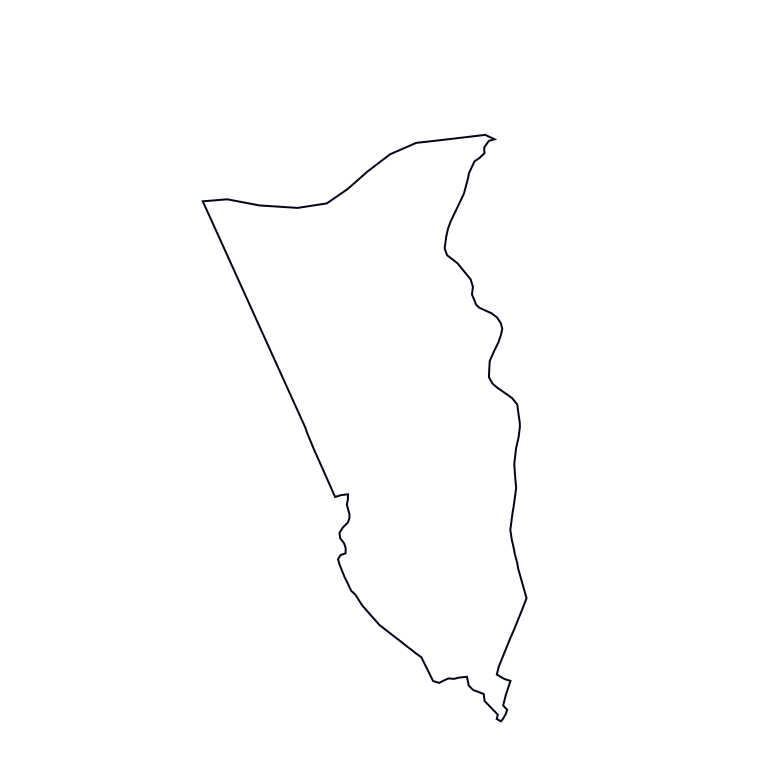 Semienawi Mibrak, Maekel, Eritrea, rotated 292°
{"feature_id": "51966322B97443185109629", "entity_name": "Semienawi Mibrak", "entity_type": "district", "adm_level": 2, "iso_a3": "ERI", "parent_name": "Eritrea", "parent_adm1": "Maekel", "projection": "robinson", "projection_center": [38.952, 15.353], "detail": "fine", "context": "isolated", "style": "outline", "palette": "ink", "viewbox_px": 768, "rotation_deg": 292, "n_neighbors": 0, "source": "geoboundaries", "source_scale": "gbopen_adm2", "svg_char_len": 1774}
<svg xmlns="http://www.w3.org/2000/svg" viewBox="0 0 768 768"><g transform="rotate(292 384 384)"><path d="M652.3,394.8L652.9,384.5L630.9,344.4L619.6,323.5L599.3,303.6L575.0,289.2L551.4,277.4L530.0,263.3L514.9,237.9L502.9,201.6L496.5,169.4L489.2,154.9L485.5,147.5L470.4,163.4L314.0,327.5L309.8,331.1L303.8,337.0L296.2,344.5L286.6,354.5L277.6,363.8L269.2,372.5L260.9,381.0L264.9,385.8L268.3,392.0L263.2,393.8L258.1,394.8L250.3,400.8L246.7,402.2L241.9,402.4L235.6,399.6L229.3,398.5L224.4,401.3L221.5,406.5L217.4,410.0L212.6,411.8L209.1,407.8L204.2,407.0L199.8,410.5L190.1,419.9L185.4,425.2L180.0,431.0L178.0,436.3L170.7,446.5L164.7,458.3L158.8,470.2L156.3,479.0L153.2,489.9L151.7,495.4L149.6,502.5L147.8,509.1L146.2,514.4L144.7,520.9L127.0,540.8L127.5,547.1L131.9,550.9L135.2,554.2L136.8,559.3L140.0,563.7L143.6,570.6L136.1,575.6L133.7,581.2L133.9,592.6L127.8,596.0L120.0,613.4L115.6,614.0L115.1,618.9L118.8,619.9L123.4,620.5L128.1,620.2L130.6,614.9L141.6,613.4L156.1,612.5L155.6,606.0L156.9,597.4L165.0,596.3L172.9,596.3L186.0,596.3L195.8,596.3L205.1,596.6L214.4,596.6L225.5,596.6L238.8,596.4L257.9,581.6L262.6,577.9L268.3,574.3L275.1,569.2L282.0,564.7L287.2,561.0L296.0,555.8L313.3,551.3L318.2,550.3L337.1,545.5L345.8,541.0L358.5,534.8L374.0,530.5L384.7,528.8L395.1,526.1L399.3,524.2L408.2,519.0L414.8,515.3L418.9,508.1L420.3,502.3L422.9,490.8L425.0,484.4L429.6,478.8L435.8,476.5L445.0,473.4L456.4,473.8L465.1,474.5L473.6,474.0L479.5,473.0L484.2,469.5L488.0,463.9L489.8,457.6L490.4,443.8L492.0,439.8L500.0,432.0L507.5,430.0L513.4,425.2L523.5,406.9L527.0,394.3L532.3,389.5L543.9,386.5L551.7,385.2L559.7,384.9L590.6,386.8L606.6,384.8L611.4,383.8L624.4,384.5L629.1,387.7L635.5,390.7L640.8,388.3L648.6,390.1L652.3,394.8Z" fill="none" stroke="#020617" stroke-width="2"/></g></svg>